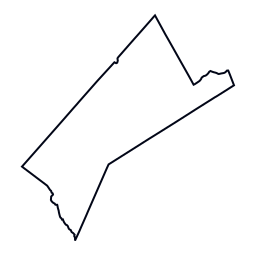 Pastos Bons, Maranhão, Brazil
{"feature_id": "56859067B22481122312291", "entity_name": "Pastos Bons", "entity_type": "district", "adm_level": 2, "iso_a3": "BRA", "parent_name": "Brazil", "parent_adm1": "Maranhão", "projection": "equal_earth", "projection_center": [-44.164, -6.652], "detail": "fine", "context": "isolated", "style": "outline", "palette": "ink", "viewbox_px": 256, "rotation_deg": 0, "n_neighbors": 0, "source": "geoboundaries", "source_scale": "gbopen_adm2", "svg_char_len": 1495}
<svg xmlns="http://www.w3.org/2000/svg" viewBox="0 0 256 256"><path d="M75.0,240.6L79.4,231.1L81.2,226.9L83.1,222.6L86.1,215.8L87.8,211.8L106.9,168.1L108.0,165.7L108.6,164.4L149.2,138.7L152.6,136.6L177.8,120.8L195.2,109.7L212.8,98.6L215.0,97.2L216.3,96.5L231.6,86.8L234.0,85.3L229.8,74.4L228.2,70.5L227.1,70.5L226.4,71.2L225.3,72.3L223.9,73.0L221.0,73.5L219.8,73.8L218.7,74.0L217.6,73.6L216.6,73.0L214.9,72.5L214.0,72.3L212.7,71.9L211.4,71.4L210.5,71.0L209.3,71.7L208.3,73.2L207.1,74.5L205.8,75.5L204.7,75.9L203.7,76.1L201.7,77.6L201.1,79.0L200.3,80.1L199.5,81.0L197.0,82.7L194.7,84.2L193.6,84.7L190.4,78.8L188.0,74.5L180.6,61.4L171.9,45.9L170.6,43.6L168.1,39.2L165.3,34.3L155.0,15.4L153.7,16.8L152.0,18.8L151.3,19.6L136.7,36.2L135.6,37.4L128.3,45.7L119.1,56.2L118.3,57.1L117.5,58.3L117.6,59.5L117.8,60.6L117.2,62.7L116.1,63.2L114.4,62.3L98.2,80.0L96.5,81.9L81.7,98.7L78.8,102.0L77.1,104.0L74.7,106.7L73.8,107.7L62.1,121.1L43.8,141.9L22.0,166.6L24.3,168.4L39.8,180.1L47.2,185.7L48.7,187.9L50.0,189.9L51.1,190.9L51.6,192.6L52.7,193.4L53.0,194.6L51.2,196.5L50.9,199.9L51.7,201.4L53.2,202.8L54.7,203.6L55.4,204.7L56.3,204.8L57.2,204.8L57.5,205.9L57.8,207.7L58.2,209.1L58.7,210.8L58.9,212.3L59.4,214.4L59.9,216.3L60.4,217.5L61.4,218.3L62.0,219.6L62.9,219.4L63.4,220.8L64.1,222.3L65.1,223.8L66.0,224.8L66.9,225.1L67.8,226.1L68.3,227.5L68.8,228.7L69.6,229.5L70.7,230.0L71.6,232.0L73.3,233.2L74.6,234.7L74.2,236.0L74.8,237.1L75.1,238.8L75.0,240.6Z" fill="none" stroke="#020617" stroke-width="2"/></svg>